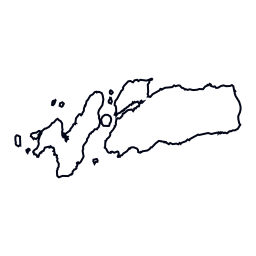 Alor, Nusa Tenggara Timur, Indonesia (Equal Earth projection)
{"feature_id": "22746128B1117135414899", "entity_name": "Alor", "entity_type": "district", "adm_level": 2, "iso_a3": "IDN", "parent_name": "Indonesia", "parent_adm1": "Nusa Tenggara Timur", "projection": "equal_earth", "projection_center": [124.34, -8.333], "detail": "fine", "context": "isolated", "style": "outline", "palette": "ink", "viewbox_px": 256, "rotation_deg": 0, "n_neighbors": 0, "source": "geoboundaries", "source_scale": "gbopen_adm2", "svg_char_len": 5811}
<svg xmlns="http://www.w3.org/2000/svg" viewBox="0 0 256 256"><path d="M146.5,80.6L140.4,79.8L138.4,81.1L137.3,79.8L134.6,80.3L133.0,82.3L130.3,81.0L128.3,81.3L123.9,86.0L123.0,87.6L123.2,88.5L122.5,90.0L121.4,90.7L117.1,98.8L115.3,101.0L114.6,104.4L114.7,105.3L115.7,106.1L116.1,108.0L116.3,115.6L117.5,113.7L120.2,112.6L122.0,110.9L122.9,111.0L123.2,110.2L124.3,110.1L124.5,108.9L125.9,108.5L126.7,107.4L128.2,106.6L129.8,104.9L131.0,104.4L131.5,104.8L132.8,102.3L133.6,103.2L134.5,101.9L135.4,102.4L137.7,101.6L138.8,103.2L140.1,102.8L140.4,101.5L141.3,100.7L142.5,101.9L143.1,101.7L142.1,102.8L140.6,102.9L139.3,104.0L139.3,105.1L138.8,106.4L138.1,106.2L137.0,106.8L135.8,108.4L135.2,108.1L134.2,108.6L134.1,109.7L133.1,111.1L131.8,109.5L128.0,110.1L123.8,113.5L123.2,113.3L122.6,114.1L122.3,115.9L119.9,118.3L119.1,118.6L117.7,118.2L116.4,119.3L115.8,122.6L115.9,124.4L115.1,126.4L114.7,126.3L114.7,127.0L113.3,129.4L110.1,133.2L110.3,134.9L109.4,136.8L106.8,139.2L105.8,141.3L105.4,141.2L105.1,146.6L104.7,147.6L106.2,148.9L107.7,151.9L108.9,152.7L110.8,152.8L110.9,151.9L112.0,151.6L114.2,152.7L117.4,151.5L118.2,151.8L118.7,153.3L118.6,154.7L117.7,156.5L118.0,157.0L120.0,156.7L120.0,155.6L121.9,155.3L123.6,153.3L126.9,151.3L129.2,148.3L129.8,148.8L131.2,147.4L133.8,147.3L137.1,148.7L138.0,150.0L138.2,152.1L140.1,152.7L140.6,151.9L141.4,152.1L142.4,151.3L147.4,150.5L149.7,149.0L150.8,147.4L151.8,147.4L155.6,143.4L158.8,140.9L160.7,141.2L160.6,140.5L161.1,141.4L165.2,141.9L164.9,142.4L166.1,142.5L168.8,144.2L170.1,143.0L172.9,144.2L176.2,143.6L178.4,144.3L179.5,143.0L180.6,143.9L180.8,143.3L182.3,142.5L185.8,141.3L187.5,139.5L189.3,140.2L190.0,139.0L198.1,134.6L199.1,135.0L208.1,133.0L211.3,134.0L216.8,132.7L218.2,132.7L218.3,133.3L218.9,132.4L219.7,133.2L220.3,132.6L220.6,133.2L221.4,132.5L221.8,132.9L222.5,132.4L223.9,133.1L225.0,132.6L227.0,133.3L229.6,131.2L231.3,131.2L232.6,130.4L235.0,130.3L237.8,128.8L240.3,124.7L239.4,123.8L238.4,119.6L238.2,116.3L240.0,112.1L240.6,109.1L240.5,106.3L239.2,101.9L235.6,96.0L234.7,93.3L234.7,91.7L235.3,91.2L234.7,90.5L234.2,90.7L233.3,86.2L231.9,85.1L230.0,86.0L226.3,86.2L223.4,85.4L220.8,86.1L217.9,87.8L216.1,87.9L214.8,86.4L213.6,86.8L211.1,86.0L210.8,84.5L209.6,83.9L208.8,85.3L207.5,84.9L207.1,85.7L205.2,86.5L203.0,89.2L199.2,89.0L197.5,89.7L193.2,90.1L189.8,89.3L187.5,89.9L185.8,89.2L185.0,89.6L183.5,88.2L181.8,87.8L179.8,85.6L178.2,85.4L175.6,86.2L174.1,85.4L172.2,87.1L164.9,87.8L161.7,89.6L161.2,88.9L160.4,88.9L159.5,90.4L152.6,94.2L150.4,96.9L148.0,96.6L148.5,95.9L147.6,94.0L148.2,92.3L147.8,84.5L149.2,82.6L149.5,80.4L149.0,79.8L146.5,80.6ZM97.1,129.2L97.3,128.3L98.6,127.3L100.0,122.9L99.9,120.8L98.9,117.7L99.2,116.4L98.3,113.9L98.3,112.3L99.1,109.9L102.4,105.1L103.4,99.4L102.6,95.1L101.7,93.1L99.4,92.0L97.3,91.9L96.9,92.4L96.3,91.7L94.7,92.1L92.9,94.3L90.3,95.7L87.8,99.9L86.6,101.1L85.7,104.9L85.3,105.8L84.9,105.6L83.9,108.8L83.8,110.9L82.5,112.9L82.1,114.2L81.1,115.3L80.0,114.1L79.0,114.4L76.0,118.3L75.4,122.6L75.8,123.1L75.2,123.1L75.1,123.9L74.6,123.6L73.2,124.6L73.2,125.5L70.3,129.3L70.2,130.4L65.5,133.8L65.2,134.5L66.0,136.5L65.7,136.8L66.3,137.4L66.9,136.8L67.8,136.8L67.4,137.8L68.0,139.0L67.0,139.4L66.4,140.7L66.2,140.2L65.7,140.7L65.5,140.4L65.5,138.0L63.1,137.1L62.9,135.1L64.1,134.5L64.0,133.4L62.5,132.9L62.4,133.5L62.2,133.8L62.1,131.7L62.6,129.5L62.2,127.9L62.1,123.4L60.5,121.0L59.3,120.5L57.6,118.8L56.2,119.7L53.8,122.5L52.0,123.1L50.8,125.1L48.8,127.0L45.8,128.6L44.8,128.6L41.9,131.1L41.3,133.6L39.9,135.8L38.3,141.1L38.8,143.3L38.6,144.9L36.9,148.4L34.6,149.9L33.2,151.5L33.2,152.0L33.6,151.9L33.9,153.2L34.3,152.6L34.1,154.1L35.7,154.7L36.3,153.8L36.0,154.7L36.9,155.3L37.2,156.8L38.3,156.9L39.7,153.4L40.7,152.4L41.1,152.8L41.6,152.4L42.0,151.4L43.6,150.8L44.9,147.6L48.2,146.8L49.3,146.7L49.4,147.2L50.3,146.5L50.4,147.2L51.2,146.8L52.4,147.8L53.5,147.7L54.2,149.4L54.1,150.2L53.4,151.1L54.3,151.4L54.7,153.2L54.3,153.5L54.1,154.7L54.6,154.9L55.0,154.2L57.0,155.5L56.6,157.3L57.5,158.5L57.1,160.8L58.8,163.7L58.6,166.9L57.5,168.5L57.7,169.2L56.9,170.9L57.2,175.8L58.9,177.3L62.5,175.9L68.1,176.1L71.2,174.2L71.6,174.5L72.4,173.6L72.7,171.5L74.3,169.5L75.5,169.2L76.5,168.1L76.3,166.7L76.9,166.3L77.5,164.8L76.8,163.1L77.0,162.7L78.1,162.3L78.6,163.3L79.3,163.3L80.8,161.7L82.9,158.0L83.6,156.6L82.6,150.9L83.2,149.0L83.1,146.7L83.8,145.0L86.7,141.3L87.2,138.7L88.3,137.5L89.3,134.6L90.0,133.6L91.0,133.4L91.5,132.2L92.9,131.7L94.7,129.3L97.1,129.2ZM107.8,114.9L104.9,114.9L102.7,116.5L101.0,119.5L102.0,123.9L102.4,124.3L102.8,123.8L102.4,124.3L103.4,125.8L108.9,126.0L109.6,124.6L109.6,123.7L110.8,121.8L111.2,119.3L110.8,117.7L110.1,116.3L107.8,114.9ZM40.2,131.5L39.7,130.9L38.7,131.0L36.5,132.6L32.7,133.2L31.1,134.3L30.8,136.3L32.2,137.2L33.5,139.1L34.3,138.3L36.0,139.1L37.8,137.6L38.8,135.8L38.4,134.9L40.1,133.2L40.2,131.5ZM20.3,145.5L20.0,136.6L17.3,135.3L16.6,135.3L15.4,136.9L15.4,140.3L15.9,142.6L15.6,143.7L16.3,145.0L18.4,146.3L19.6,145.3L20.3,145.5ZM111.9,101.5L110.8,97.8L110.1,97.7L110.1,98.6L108.7,100.7L108.8,102.6L111.0,103.6L111.9,101.5ZM96.8,159.0L93.5,159.7L93.3,161.2L94.5,163.8L95.7,161.9L97.4,161.8L97.6,160.4L96.8,159.0ZM61.7,106.8L62.7,106.1L63.0,104.7L63.6,104.4L63.8,103.6L62.4,102.3L60.1,103.3L59.6,105.8L61.7,106.8ZM54.3,103.8L55.6,100.3L55.4,100.1L54.3,102.5L53.6,100.8L52.9,101.0L52.4,101.9L52.0,104.9L53.0,105.2L54.3,103.8ZM111.4,94.1L112.8,92.6L112.1,91.3L110.7,90.3L110.2,90.6L109.8,91.7L109.9,93.4L111.4,94.1ZM29.7,150.0L29.5,149.2L28.4,148.7L26.3,150.2L26.9,152.1L27.6,152.9L28.3,151.1L29.7,150.0ZM63.8,135.0L63.4,135.8L63.5,137.0L64.2,137.4L64.7,135.6L63.8,135.0ZM115.5,115.1L115.9,113.6L115.3,113.1L114.6,114.8L115.5,115.1ZM151.8,78.7L150.4,79.0L150.2,79.5L150.9,80.0L151.9,79.7L152.2,79.1L151.8,78.7Z" fill="none" stroke="#020617" stroke-width="2"/></svg>